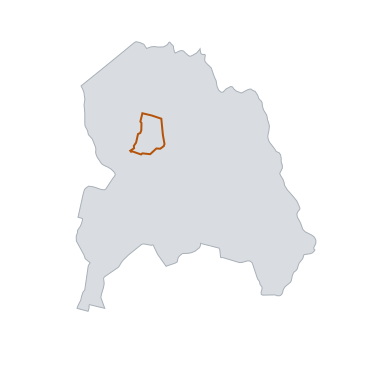 location of Bor South, Jonglei, South Sudan, rotated 194°
{"feature_id": "79223893B93297305003737", "entity_name": "Bor South", "entity_type": "district", "adm_level": 2, "iso_a3": "SSD", "parent_name": "South Sudan", "parent_adm1": "Jonglei", "projection": "equal_earth", "projection_center": [32.094, 6.474], "detail": "fine", "context": "in_parent", "style": "outline", "palette": "amber", "viewbox_px": 384, "rotation_deg": 194, "n_neighbors": 0, "source": "geoboundaries", "source_scale": "gbopen_adm2", "svg_char_len": 4021}
<svg xmlns="http://www.w3.org/2000/svg" viewBox="0 0 384 384"><g transform="rotate(194 192 192)"><path d="M294.3,309.3L284.5,322.5L283.8,323.3L282.6,324.3L278.6,324.4L274.5,323.7L270.8,320.3L266.9,322.9L264.5,323.8L263.1,324.1L259.6,324.5L254.8,325.9L252.7,327.7L251.5,329.1L250.5,331.7L250.0,332.0L249.2,331.6L247.9,330.6L245.4,329.1L244.1,325.8L242.9,323.8L241.9,322.8L237.8,326.1L235.9,326.8L234.3,326.7L231.3,324.9L228.0,323.3L226.4,323.3L223.9,325.3L221.0,328.2L219.5,331.2L218.8,332.9L217.8,330.2L216.9,328.6L215.5,327.9L212.8,328.6L212.1,327.6L212.0,325.4L211.6,323.3L210.9,321.7L208.8,320.2L203.3,317.0L199.2,310.6L197.1,307.7L195.5,305.8L193.4,300.8L190.9,297.4L187.9,295.8L185.9,296.6L183.9,300.2L180.0,303.7L178.3,303.8L176.0,301.9L173.2,300.6L168.1,300.0L166.0,301.7L163.2,304.3L160.8,305.9L159.4,306.1L158.0,305.4L156.5,305.1L155.2,305.0L152.5,302.6L151.1,300.9L150.1,299.2L148.6,298.0L146.8,297.0L145.5,295.5L144.9,293.6L143.8,291.2L142.5,289.0L138.4,285.0L137.1,282.7L136.3,280.5L134.6,278.0L132.8,274.6L132.2,269.7L132.1,265.8L131.8,264.0L131.0,262.1L130.1,260.6L128.6,258.8L125.3,256.3L121.8,253.4L120.1,251.7L116.9,251.1L115.0,249.4L113.4,245.7L112.8,242.8L111.2,240.5L110.5,238.8L110.1,236.9L111.4,231.1L109.6,229.0L106.8,226.3L104.9,223.4L103.7,220.7L100.1,217.2L92.4,211.9L88.0,208.5L85.6,205.5L83.4,202.5L83.2,201.3L84.6,198.3L84.9,195.9L83.7,193.2L79.1,188.1L75.5,182.6L72.7,180.8L66.0,179.3L64.1,178.7L62.1,177.6L60.1,175.1L59.4,172.1L60.4,167.4L59.8,165.9L58.7,165.5L59.0,164.5L60.3,162.2L62.4,160.7L68.0,158.4L68.3,157.5L68.4,154.5L68.9,153.1L70.8,149.0L71.1,147.3L71.2,143.8L71.5,142.2L72.0,141.0L73.6,139.0L74.1,137.7L74.4,135.1L74.2,129.8L75.0,127.7L78.6,122.9L79.5,120.7L79.8,118.8L79.8,116.9L80.0,114.9L81.1,113.1L82.0,112.5L84.6,111.9L86.3,112.3L98.6,109.0L100.0,109.4L100.7,111.4L100.6,114.5L100.8,116.0L101.4,117.1L103.4,118.5L104.7,121.0L105.4,121.9L107.4,123.6L116.4,137.8L119.0,139.1L121.5,138.6L126.5,135.7L128.9,135.0L146.3,135.8L148.2,135.3L148.4,135.4L151.0,142.5L152.2,144.1L171.3,144.2L170.9,142.2L171.2,139.9L174.5,135.6L175.0,135.1L177.9,133.0L180.8,131.6L186.3,130.0L188.4,127.4L189.5,125.1L189.5,120.4L190.3,119.7L191.6,118.6L198.0,114.5L199.1,113.6L210.3,123.2L216.6,130.8L217.0,131.2L217.3,131.3L217.7,131.1L218.0,130.7L218.7,130.4L221.4,130.3L226.6,129.9L228.2,129.0L238.5,115.4L241.1,111.1L241.8,110.2L243.3,107.1L244.9,101.8L245.2,101.2L256.4,88.5L256.8,87.5L256.9,86.7L255.2,82.4L254.9,80.3L254.8,76.9L255.1,71.7L255.0,68.4L254.9,67.6L254.8,67.4L248.5,58.0L264.3,57.9L264.4,56.8L264.3,56.4L264.0,55.3L263.8,53.8L263.9,53.0L263.9,52.2L264.0,51.8L263.9,51.4L263.9,51.2L264.0,51.1L275.4,51.3L275.2,53.9L273.8,60.1L273.9,63.9L273.6,68.1L273.2,69.4L272.6,70.4L272.4,70.9L272.4,71.4L274.8,95.2L274.6,96.2L274.0,97.7L273.8,98.1L273.8,98.5L274.0,98.8L279.3,101.4L279.5,101.5L281.6,104.8L292.0,116.1L292.4,116.7L293.4,120.2L293.6,120.8L293.6,121.6L293.6,122.3L293.3,124.4L293.4,125.4L293.6,126.0L293.7,126.7L293.7,127.0L293.6,127.5L292.1,131.6L291.6,134.5L291.5,137.0L291.6,138.4L291.7,139.3L291.9,139.7L292.0,139.8L296.5,139.9L296.5,141.2L297.1,162.7L297.1,165.2L296.9,168.2L296.4,169.4L295.2,171.1L293.6,172.7L289.5,173.1L286.2,173.0L283.8,172.7L280.5,172.5L277.5,172.9L276.3,174.2L272.3,185.7L271.0,188.6L270.7,190.2L271.1,191.2L272.7,192.7L276.2,194.7L280.2,195.9L283.1,196.4L285.2,197.0L286.7,197.6L292.4,202.8L294.2,205.3L295.2,207.4L295.5,209.7L296.3,212.0L301.5,219.2L306.4,222.6L308.3,226.4L310.1,228.3L311.8,230.3L312.8,233.3L314.9,241.9L316.4,246.5L317.8,250.2L318.4,256.2L319.6,258.9L320.8,262.2L322.8,265.2L324.9,267.5L325.3,268.1L304.0,296.3L294.3,309.3Z" fill="#d9dde1" stroke="#a8b0b8" stroke-width="1"/><path d="M249.5,256.5L259.2,256.4L259.1,247.8L257.7,246.7L256.1,239.5L256.5,236.7L258.4,235.2L258.2,226.4L259.6,222.7L258.8,220.4L261.9,217.1L260.8,216.3L260.2,217.0L250.5,216.1L249.5,217.5L241.7,218.6L237.1,225.6L233.3,226.3L230.5,229.7L230.3,231.9L231.8,235.3L234.1,240.4L239.5,255.7L249.5,256.5Z" fill="none" stroke="#b45309" stroke-width="2"/></g></svg>